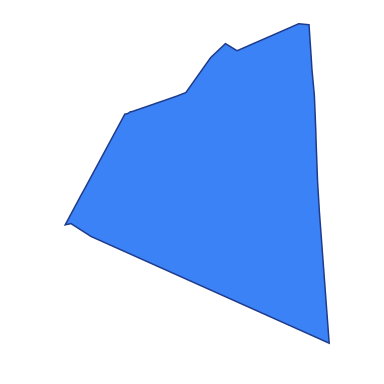 the district of Cabarrus, North Carolina, United States of America, rotated 86°
{"feature_id": "52423323B48956333130626", "entity_name": "Cabarrus", "entity_type": "district", "adm_level": 2, "iso_a3": "USA", "parent_name": "United States of America", "parent_adm1": "North Carolina", "projection": "orthographic", "projection_center": [-80.633, 35.346], "detail": "fine", "context": "isolated", "style": "filled", "palette": "blue", "viewbox_px": 384, "rotation_deg": 86, "n_neighbors": 0, "source": "geoboundaries", "source_scale": "gbopen_adm2", "svg_char_len": 578}
<svg xmlns="http://www.w3.org/2000/svg" viewBox="0 0 384 384"><g transform="rotate(86 192 192)"><path d="M352.4,65.7L220.8,66.3L189.8,66.0L147.6,64.6L141.5,64.3L104.3,63.2L77.5,63.8L66.1,63.7L63.9,63.7L33.3,63.6L31.6,73.8L54.2,137.2L46.3,148.3L59.2,164.0L92.4,191.2L94.7,198.7L95.2,200.2L99.5,216.1L106.2,241.1L107.6,246.2L107.7,247.9L107.8,248.2L108.0,248.5L108.4,249.0L108.7,249.4L109.3,251.1L109.6,253.2L109.7,253.6L153.8,281.5L182.1,299.4L186.2,302.1L186.5,302.3L215.9,320.8L215.1,314.9L229.4,295.7L352.4,65.7Z" fill="#3b82f6" stroke="#1e3a8a" stroke-width="1.5"/></g></svg>